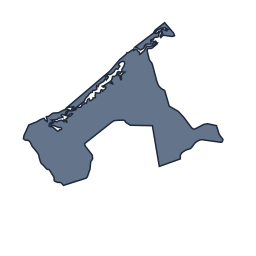 an SVG outline of Lagunes, rotated 145°
{"feature_id": "CIV-3458", "entity_name": "Lagunes", "entity_type": "Department", "adm_level": 1, "iso_a3": "CIV", "parent_name": "Ivory Coast", "parent_adm1": "", "projection": "robinson", "projection_center": [-4.434, 5.74], "detail": "fine", "context": "isolated", "style": "filled", "palette": "slate", "viewbox_px": 256, "rotation_deg": 145, "n_neighbors": 0, "source": "natural_earth", "source_scale": "10m", "svg_char_len": 5859}
<svg xmlns="http://www.w3.org/2000/svg" viewBox="0 0 256 256"><g transform="rotate(145 128 128)"><path d="M207.5,187.4L199.1,185.4L194.9,185.1L192.1,184.5L191.4,184.2L191.1,183.7L191.2,182.7L191.4,182.0L191.3,181.3L190.4,180.4L191.1,179.1L190.1,180.0L189.4,181.3L188.9,182.8L188.7,184.0L188.0,184.0L186.9,183.3L185.2,183.1L181.5,183.3L180.3,182.9L176.3,180.4L170.0,179.5L167.2,178.6L165.8,176.3L167.5,176.9L169.4,176.7L171.1,175.7L172.0,174.2L173.3,176.0L174.0,176.7L174.7,177.0L175.3,176.8L175.6,176.2L175.5,175.4L175.0,174.9L175.0,174.2L176.3,174.5L179.4,175.9L180.0,175.9L180.9,175.6L182.9,176.5L186.2,178.5L186.0,177.8L185.8,176.8L185.6,176.3L187.0,176.3L189.4,176.7L190.4,176.3L191.6,174.6L191.0,173.8L189.9,173.0L189.2,171.8L188.2,168.4L188.0,166.9L187.7,166.1L186.9,165.5L185.9,165.4L185.0,165.8L184.4,165.4L183.5,165.1L182.8,165.3L182.5,166.2L182.7,166.7L184.6,168.3L186.9,171.8L188.3,173.4L189.8,174.2L189.0,175.5L187.6,175.4L186.1,175.0L185.0,175.6L184.3,175.6L183.2,174.1L182.3,173.7L181.4,173.7L180.0,173.5L179.1,173.2L178.0,172.5L177.2,171.5L176.9,170.1L176.5,170.6L176.0,171.0L175.7,171.5L175.3,170.6L175.1,169.8L175.0,169.0L175.0,167.9L174.4,167.9L174.3,169.3L173.9,170.6L173.1,171.2L172.0,170.8L171.3,171.4L170.3,171.5L169.3,171.3L168.3,170.8L166.2,171.1L165.2,171.5L166.0,172.4L167.4,172.7L168.9,172.6L170.1,172.1L171.3,173.5L170.2,174.6L168.6,175.6L167.0,176.0L165.5,175.2L164.4,174.5L162.4,173.5L160.5,172.9L159.7,173.2L158.9,174.1L157.3,173.6L154.7,172.1L153.5,172.5L152.6,173.2L151.6,173.5L150.4,172.8L149.8,173.4L149.3,173.4L148.6,173.0L148.0,172.1L145.5,174.0L144.3,174.5L143.0,174.2L143.2,173.7L143.4,172.5L143.6,172.1L141.3,171.6L140.3,171.8L139.3,172.8L138.6,172.1L137.8,171.7L137.1,171.7L136.5,173.3L135.1,174.6L134.4,175.6L133.8,174.9L132.7,173.9L131.5,173.1L130.7,172.8L129.8,173.4L128.8,174.4L127.9,174.7L127.0,173.5L127.3,173.3L127.5,173.2L127.7,172.8L124.3,173.0L123.0,173.7L122.7,175.6L123.5,175.1L124.3,175.3L124.9,175.9L125.2,177.0L123.5,176.6L117.1,176.3L116.8,175.3L116.3,174.4L115.3,172.8L114.8,173.8L114.8,174.6L115.1,175.2L115.9,175.6L115.9,176.3L114.3,176.6L113.0,177.3L111.0,179.1L109.3,177.9L107.4,178.0L105.7,178.9L104.8,179.8L104.2,179.8L103.6,179.5L102.8,179.0L102.1,178.3L101.8,177.7L102.8,177.2L103.7,177.3L104.7,177.6L106.0,177.7L105.8,176.7L105.5,176.1L105.0,175.8L104.2,175.6L104.2,174.9L105.1,174.4L105.7,173.7L106.0,172.7L106.0,171.5L105.4,171.5L104.3,173.8L102.8,175.1L100.9,175.5L98.6,175.6L101.1,177.7L99.3,179.5L95.9,181.1L93.7,182.6L93.2,184.1L93.3,185.0L94.1,185.6L95.6,186.1L97.2,186.2L98.8,185.9L99.7,185.1L99.2,184.0L99.2,183.3L101.5,182.6L102.6,181.9L103.0,182.4L103.5,183.0L104.2,183.3L105.3,183.0L107.1,182.1L108.5,181.9L111.3,181.9L112.2,182.1L112.7,182.5L113.1,183.0L113.4,183.3L114.8,183.5L115.7,183.3L117.8,182.6L116.8,182.7L115.8,182.6L114.9,182.1L114.7,181.2L115.2,180.7L118.3,179.8L118.3,181.2L119.0,181.2L121.0,180.1L126.3,180.5L128.9,179.1L129.3,180.6L130.0,180.0L130.7,178.6L131.3,177.7L133.0,177.8L134.4,178.5L135.6,178.9L136.8,177.7L138.5,178.5L140.3,178.2L142.1,177.4L145.8,176.7L148.1,175.2L149.5,174.9L160.6,174.5L163.4,175.6L162.5,176.1L161.6,176.3L160.7,176.3L159.7,176.3L166.4,179.8L138.3,182.4L110.2,185.0L95.4,188.8L87.3,189.5L85.7,190.3L84.8,189.7L83.7,189.5L78.9,189.4L77.7,189.5L77.7,188.9L78.0,188.9L78.6,188.9L78.9,188.9L78.9,188.2L76.3,188.3L75.7,187.1L75.8,185.2L75.2,183.3L76.3,181.7L75.2,181.4L70.3,182.1L68.7,182.7L67.2,183.6L66.0,184.7L64.5,183.3L61.9,181.8L58.9,181.1L56.2,181.9L55.8,181.5L55.2,180.9L55.0,180.7L55.9,180.2L61.5,179.7L62.7,179.7L63.6,179.9L64.8,181.0L65.9,181.4L66.5,181.4L67.0,181.2L67.4,180.9L67.7,180.5L68.2,179.8L71.3,172.0L71.4,171.4L71.5,170.8L71.3,168.4L71.3,167.6L71.4,166.9L71.7,165.8L77.4,150.3L78.4,146.6L78.6,145.2L78.6,143.9L78.2,141.8L78.1,141.2L77.3,139.5L76.8,138.6L76.6,138.2L76.5,137.7L76.7,136.8L81.7,122.3L77.3,112.8L76.2,104.9L75.8,92.3L75.4,90.2L74.5,89.2L73.1,88.7L63.9,87.5L60.3,85.8L54.2,79.2L56.8,71.0L57.0,68.3L56.9,67.6L56.8,64.1L58.3,62.9L58.7,62.7L59.3,62.7L60.1,63.0L73.9,75.8L75.5,76.8L78.5,77.4L80.9,77.4L81.8,77.3L87.3,75.5L88.0,75.4L89.3,75.5L90.7,75.9L91.1,76.1L91.9,76.3L92.4,76.4L93.2,76.7L96.1,76.9L98.7,76.7L100.7,75.7L102.9,72.7L124.4,78.6L106.7,115.9L124.5,128.9L126.7,134.1L126.3,135.7L127.1,136.9L128.6,138.0L132.8,140.7L135.4,142.0L138.3,142.1L172.2,140.1L173.1,139.0L173.3,138.3L173.4,137.6L172.8,126.2L174.6,123.1L175.9,122.4L176.7,122.3L177.7,121.8L178.8,120.7L182.6,116.2L189.2,111.4L190.0,111.1L190.7,110.9L191.3,111.0L213.8,118.0L213.8,118.7L214.1,121.2L214.7,122.3L215.7,122.9L216.9,123.9L218.2,125.9L218.6,126.7L218.6,127.2L218.2,128.1L217.2,129.4L216.9,130.1L216.4,138.2L216.5,139.2L216.9,139.6L217.3,139.9L217.7,140.2L217.9,140.6L218.1,141.0L218.3,141.9L218.8,146.5L219.0,147.3L219.2,147.7L219.3,148.2L219.3,149.0L219.2,150.1L218.4,152.8L216.7,157.0L216.4,158.2L216.4,160.6L217.0,167.9L216.3,172.4L216.3,173.0L216.4,173.6L216.5,174.1L216.6,174.6L216.9,175.0L217.2,175.3L218.9,176.9L219.2,177.3L219.4,177.7L219.6,178.2L219.7,178.7L219.8,179.2L217.5,181.5L207.5,187.4L207.5,187.4ZM46.9,184.0L47.6,183.6L48.1,183.5L49.3,183.3L49.3,184.0L48.7,184.9L46.5,186.1L45.7,186.8L45.7,184.7L44.4,189.0L43.8,190.3L40.7,185.4L40.1,185.4L40.0,185.7L40.1,186.8L38.9,186.1L40.2,189.0L43.9,190.8L48.3,191.4L51.8,190.3L50.4,189.1L48.9,189.1L47.3,189.4L45.7,188.9L45.7,188.2L46.6,188.3L47.3,188.2L48.0,187.9L48.7,187.5L49.1,187.0L50.3,185.7L50.6,185.4L52.0,185.7L53.5,186.6L54.9,187.0L56.2,186.1L57.3,186.8L58.3,187.1L59.3,186.7L59.8,185.4L58.2,185.6L57.5,184.8L56.9,183.7L55.5,183.3L55.5,182.6L56.8,183.3L59.8,182.8L65.2,186.4L67.5,185.7L68.8,184.6L70.0,184.4L73.1,184.7L73.5,185.5L74.0,187.3L74.7,189.1L75.9,190.3L53.1,191.1L49.6,192.6L37.6,193.3L36.2,179.6L36.9,176.9L38.0,177.1L39.0,177.5L39.8,178.0L44.5,182.5L45.5,183.3L46.8,183.9L46.9,184.0Z" fill="#64748b" stroke="#1e293b" stroke-width="1.5"/></g></svg>